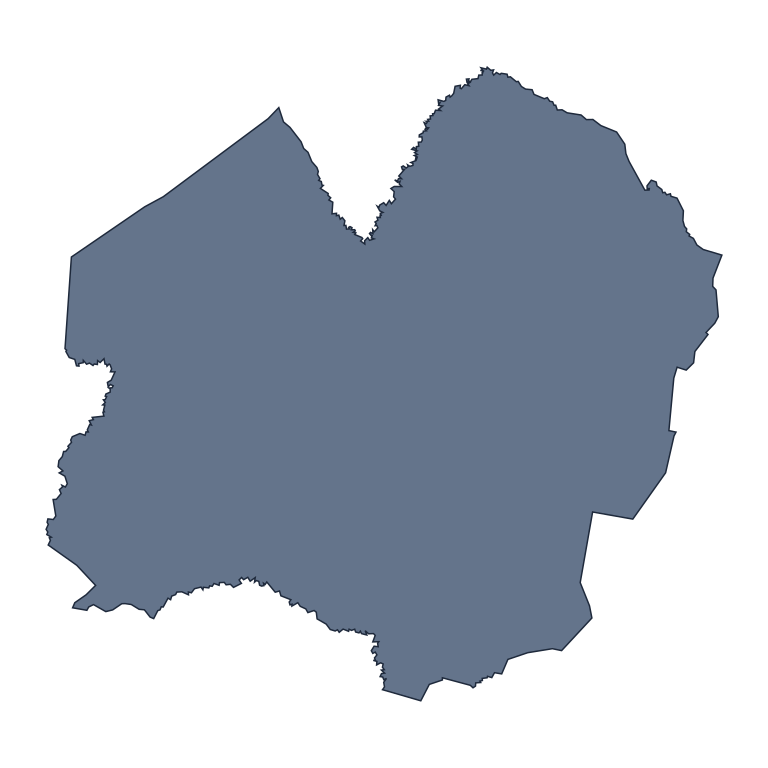 outline of Villaguay, Entre Ríos, Argentina
{"feature_id": "61730980B76391862557900", "entity_name": "Villaguay", "entity_type": "district", "adm_level": 2, "iso_a3": "ARG", "parent_name": "Argentina", "parent_adm1": "Entre Ríos", "projection": "robinson", "projection_center": [-59.127, -31.648], "detail": "fine", "context": "isolated", "style": "filled", "palette": "slate", "viewbox_px": 768, "rotation_deg": 0, "n_neighbors": 0, "source": "geoboundaries", "source_scale": "gbopen_adm2", "svg_char_len": 6013}
<svg xmlns="http://www.w3.org/2000/svg" viewBox="0 0 768 768"><path d="M48.2,545.0L76.8,565.3L95.6,585.4L86.1,594.8L74.8,602.7L72.6,607.8L86.9,610.3L88.7,607.0L93.5,604.6L105.8,611.6L112.7,609.9L121.8,603.7L125.1,603.6L131.3,604.5L139.1,609.3L144.4,609.8L150.1,617.1L153.7,618.6L157.8,610.6L160.0,609.9L161.3,606.8L163.2,607.0L168.0,598.2L170.6,599.7L171.7,596.1L175.6,594.6L176.8,592.1L181.8,591.8L188.5,594.8L188.4,592.0L191.4,592.8L194.5,588.7L201.0,587.1L202.9,589.8L203.4,587.3L208.8,587.9L209.6,585.9L212.2,586.3L214.0,583.5L219.1,585.3L219.5,582.6L224.3,582.4L226.1,584.8L230.4,584.3L233.5,587.4L241.4,583.4L239.1,579.9L241.6,577.5L243.6,579.7L247.8,577.3L250.2,581.2L255.2,577.6L254.5,582.2L256.4,580.6L258.8,581.4L259.6,585.2L261.6,586.1L264.0,585.6L263.5,583.2L265.2,584.4L266.8,582.0L275.2,592.2L279.5,591.0L280.9,595.8L290.9,599.7L289.2,602.0L290.0,604.9L292.0,604.2L291.9,606.1L297.8,602.7L300.2,606.3L305.8,608.9L307.9,612.6L314.1,610.5L316.3,612.2L317.1,618.9L326.2,624.1L330.2,629.5L335.2,631.0L337.5,629.8L339.2,632.3L343.1,629.1L348.6,631.3L349.1,629.2L351.5,630.4L354.7,629.2L355.6,632.0L359.0,632.9L360.4,631.2L361.5,633.6L366.8,635.0L365.2,630.7L368.6,633.8L373.5,633.6L375.2,635.4L372.8,641.9L378.8,641.7L377.6,643.4L378.2,646.7L374.1,646.2L371.3,650.7L372.8,653.4L375.3,652.1L376.9,654.9L374.5,657.9L375.3,660.1L373.3,660.4L376.9,661.4L376.6,664.9L380.7,662.8L383.2,664.0L382.4,667.2L384.3,669.7L381.4,670.1L384.6,673.1L381.5,673.6L380.1,676.6L382.7,677.0L383.8,679.7L386.5,678.4L383.7,682.3L384.5,686.9L382.5,689.7L420.8,700.8L429.3,684.4L442.4,680.0L442.4,677.8L470.3,685.3L473.0,687.8L475.5,686.1L475.7,682.9L480.7,682.5L479.9,681.1L482.4,680.5L482.2,678.4L487.1,677.8L487.5,676.3L491.8,677.6L494.5,672.7L501.7,673.9L507.9,659.4L527.7,652.7L552.4,648.7L561.6,650.6L591.9,618.0L589.5,605.8L580.2,582.6L592.6,512.0L632.8,519.1L665.6,472.8L674.0,436.0L676.0,432.1L668.9,430.6L673.8,378.1L677.1,367.2L686.2,370.1L693.6,362.8L694.9,351.5L708.0,334.5L706.0,332.5L714.8,323.2L718.3,316.7L716.0,289.9L712.7,286.4L713.0,278.1L721.9,255.1L703.2,249.5L696.9,245.0L693.4,238.4L689.1,236.0L689.7,234.4L686.3,231.7L686.7,228.9L684.5,226.4L682.9,220.5L683.4,210.8L677.0,198.1L671.0,196.3L670.4,193.8L666.6,194.8L664.9,192.3L662.7,192.7L661.8,189.5L657.0,185.9L656.2,182.0L651.3,180.2L647.0,185.9L647.2,188.7L649.3,188.6L649.1,190.0L644.9,190.2L629.1,161.5L625.9,153.6L624.8,144.2L616.6,132.0L600.9,125.6L592.9,119.5L586.4,119.6L581.1,115.0L567.1,112.8L562.1,109.8L557.3,110.0L555.7,105.2L554.1,105.3L552.6,101.8L549.7,101.2L547.3,97.6L544.3,98.7L534.0,94.4L532.1,89.7L525.6,89.1L521.4,86.5L518.2,81.4L516.3,81.7L510.4,76.8L507.9,77.2L507.1,74.2L501.2,73.3L500.0,74.5L496.4,72.5L493.7,75.1L492.5,72.9L493.6,69.9L490.8,70.3L487.2,67.2L486.5,69.1L481.0,67.8L482.6,70.0L480.4,70.4L483.4,71.2L482.3,72.5L483.2,73.1L482.2,73.0L482.2,75.0L478.8,75.1L478.0,78.6L471.9,79.3L470.6,81.5L468.4,81.0L469.0,78.9L466.4,79.1L467.0,82.3L469.4,82.8L467.7,83.8L469.0,85.7L464.8,84.7L461.3,88.7L460.1,88.1L460.4,85.3L455.1,86.3L453.7,93.3L451.7,95.9L450.1,97.1L449.5,95.2L446.0,97.1L445.7,100.4L443.9,101.4L438.1,99.8L438.6,103.5L439.8,102.9L438.5,105.4L442.6,106.0L438.6,109.0L440.5,110.5L435.5,110.2L434.2,113.6L432.6,113.8L432.9,115.5L430.1,115.9L430.5,119.0L427.7,119.4L428.7,121.2L426.3,121.3L427.3,121.9L426.4,123.5L424.1,122.6L426.4,127.6L428.6,127.8L427.5,129.3L425.9,128.1L425.0,129.3L426.4,130.8L423.3,131.2L423.2,132.7L419.3,134.9L419.2,136.9L421.9,136.9L422.3,140.2L421.1,142.1L418.3,142.2L418.7,146.3L416.4,146.6L416.3,149.1L413.6,147.4L411.7,149.3L417.1,150.9L414.5,152.6L417.3,154.4L414.3,155.5L417.3,157.0L416.4,159.5L415.8,158.0L415.2,160.9L410.9,162.5L413.0,163.5L412.9,165.4L409.9,166.3L407.6,164.9L408.2,166.5L406.3,168.0L403.2,165.9L401.5,166.9L402.4,169.6L404.4,169.5L398.8,176.0L401.5,178.7L398.5,178.6L397.5,181.0L394.7,179.9L397.7,182.4L400.0,181.4L399.2,183.9L401.7,186.5L394.2,186.5L390.9,188.5L394.2,191.6L393.6,196.8L395.5,199.1L391.4,203.7L389.3,200.4L386.1,205.4L383.7,202.7L379.7,205.1L378.9,207.3L377.3,206.3L379.8,210.9L382.9,212.4L380.3,213.4L380.3,215.3L381.9,215.0L380.0,216.0L380.3,217.5L377.0,217.3L377.9,220.2L375.0,222.0L376.2,223.5L375.1,225.7L376.8,225.5L377.9,227.8L374.3,231.7L372.7,229.7L373.0,233.6L370.5,232.4L369.5,233.6L371.4,235.8L372.4,234.9L371.3,237.9L374.0,238.9L369.6,240.3L367.8,237.6L364.6,240.8L364.8,244.0L360.6,241.0L362.7,238.7L361.9,237.5L354.7,234.5L355.8,232.9L353.2,232.3L355.3,230.9L354.7,229.7L351.4,229.8L352.0,227.6L350.0,226.6L348.6,227.4L349.5,228.9L346.5,229.1L345.9,225.4L344.0,225.5L344.9,220.8L342.3,217.5L340.2,219.2L338.8,215.1L336.4,215.7L336.5,213.3L332.0,213.8L332.8,202.2L328.9,200.0L330.7,197.8L327.9,195.3L328.2,193.5L320.4,188.4L323.3,185.4L322.0,185.1L321.3,181.5L318.7,180.4L320.0,178.7L317.5,174.4L318.3,171.5L316.9,167.5L311.8,161.6L308.0,152.3L303.7,148.5L301.1,141.8L290.0,127.4L283.5,121.9L278.8,107.6L268.1,118.7L163.3,196.7L144.7,206.8L71.4,257.0L65.0,348.7L66.6,350.2L65.9,351.5L69.2,357.5L74.8,359.4L76.5,365.8L79.0,366.1L78.7,363.6L83.2,362.7L83.3,360.4L86.6,364.2L89.5,363.1L93.0,365.5L94.2,364.0L97.4,364.5L97.6,360.6L100.1,362.5L104.0,358.7L105.0,364.1L106.6,364.3L107.0,366.2L109.1,364.0L110.1,364.8L111.6,368.9L110.4,371.8L115.0,371.9L111.2,380.2L107.4,382.4L108.2,386.7L110.5,384.5L113.2,385.8L112.1,387.8L108.9,388.0L110.2,389.0L110.2,392.1L105.9,394.0L105.2,396.2L106.6,396.7L105.2,399.6L103.4,399.8L105.3,402.5L102.7,404.9L104.8,405.1L103.5,410.3L104.4,411.8L102.9,412.2L103.9,416.1L92.2,417.4L93.4,419.6L89.2,420.7L91.4,425.0L89.7,424.5L87.3,429.9L88.3,431.9L86.0,431.9L85.1,435.3L79.9,433.5L72.3,436.7L70.7,440.1L71.5,442.3L67.9,446.3L68.9,447.7L65.7,451.4L63.6,451.5L62.3,456.6L58.9,460.6L58.1,466.7L62.9,470.9L59.2,472.9L64.9,476.2L67.3,483.7L65.4,487.0L61.9,485.3L62.6,486.9L59.4,489.6L61.1,493.5L56.4,499.3L53.1,499.5L55.8,516.0L53.3,519.5L47.9,518.9L47.1,522.3L48.3,524.4L46.1,529.3L47.8,532.0L46.8,534.6L51.3,537.2L49.3,537.8L50.4,540.4L48.2,545.0Z" fill="#64748b" stroke="#1e293b" stroke-width="1.5"/></svg>